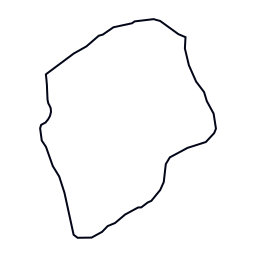 the district of Concepción Chiquirichapa, Quezaltenango, Guatemala, rotated 266°
{"feature_id": "79465075B62244811980671", "entity_name": "Concepción Chiquirichapa", "entity_type": "district", "adm_level": 2, "iso_a3": "GTM", "parent_name": "Guatemala", "parent_adm1": "Quezaltenango", "projection": "robinson", "projection_center": [-91.619, 14.843], "detail": "fine", "context": "isolated", "style": "outline", "palette": "ink", "viewbox_px": 256, "rotation_deg": 266, "n_neighbors": 0, "source": "geoboundaries", "source_scale": "gbopen_adm2", "svg_char_len": 817}
<svg xmlns="http://www.w3.org/2000/svg" viewBox="0 0 256 256"><g transform="rotate(266 128 128)"><path d="M187.2,49.8L182.6,50.0L176.0,50.1L170.3,49.9L161.9,49.7L158.2,50.2L155.8,51.3L153.1,52.3L149.4,52.3L145.4,51.0L142.2,48.9L139.2,46.1L137.2,41.6L133.9,40.3L121.5,41.1L114.8,44.9L95.3,50.3L84.4,56.0L67.8,60.1L25.3,66.3L22.0,70.1L21.2,84.0L26.2,94.9L31.6,100.9L34.1,108.4L41.9,119.1L48.0,132.5L47.9,135.7L52.3,142.4L53.7,146.2L63.9,155.8L71.6,159.9L89.4,163.2L95.8,167.7L104.0,185.9L108.6,204.7L116.9,213.6L121.2,215.7L136.4,214.4L149.3,208.5L158.5,206.4L169.5,199.2L186.4,193.1L203.4,190.3L214.6,191.7L218.1,184.8L232.5,167.6L233.8,163.9L234.8,161.2L233.9,142.1L232.2,139.3L229.5,120.5L222.9,109.3L222.1,105.3L212.3,92.2L206.1,79.1L188.5,51.7L187.2,49.8Z" fill="none" stroke="#020617" stroke-width="2"/></g></svg>